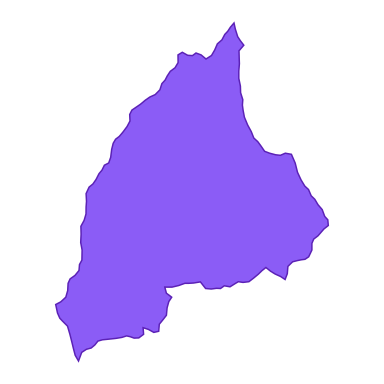 outline of Rio Acima, Minas Gerais, Brazil
{"feature_id": "56859067B29785661724315", "entity_name": "Rio Acima", "entity_type": "district", "adm_level": 2, "iso_a3": "BRA", "parent_name": "Brazil", "parent_adm1": "Minas Gerais", "projection": "equal_earth", "projection_center": [-43.772, -20.098], "detail": "fine", "context": "isolated", "style": "filled", "palette": "violet", "viewbox_px": 384, "rotation_deg": 0, "n_neighbors": 0, "source": "geoboundaries", "source_scale": "gbopen_adm2", "svg_char_len": 2134}
<svg xmlns="http://www.w3.org/2000/svg" viewBox="0 0 384 384"><path d="M234.0,23.0L230.4,27.2L227.8,31.2L224.8,34.4L221.9,39.9L217.4,43.8L214.7,50.0L211.5,55.5L206.0,59.0L201.1,54.9L196.0,53.0L192.5,55.6L187.7,55.3L182.3,52.3L178.0,54.9L178.1,62.6L175.0,67.8L170.3,71.3L167.4,75.7L165.1,80.1L161.9,83.6L159.9,89.8L155.2,94.6L149.9,97.0L145.3,100.2L140.4,104.3L136.3,107.1L131.9,110.1L129.7,114.5L130.0,121.0L127.1,126.5L122.7,132.4L119.2,136.5L115.6,139.2L113.2,143.3L111.7,149.3L110.7,157.3L108.7,163.0L104.4,165.2L102.0,170.1L99.0,173.7L96.1,179.4L92.9,184.0L89.1,187.1L86.1,193.6L86.5,201.4L86.1,206.9L86.0,214.0L84.1,220.4L80.9,226.3L81.1,234.3L80.7,242.5L82.1,250.0L81.9,260.1L79.5,264.5L79.0,270.5L75.0,275.4L70.1,278.9L68.1,283.3L67.7,290.6L65.8,297.2L60.7,301.9L55.7,304.5L57.5,313.0L59.8,318.2L62.8,321.4L67.5,326.1L69.9,334.3L71.9,342.2L73.4,348.4L75.2,355.3L78.5,361.0L81.7,352.4L86.4,349.3L91.2,348.0L94.9,344.9L97.9,341.1L102.4,339.8L108.3,339.2L115.8,338.4L121.9,337.4L126.6,335.9L130.2,336.7L134.1,338.1L138.8,337.9L143.6,334.3L143.1,327.7L148.4,329.4L153.8,332.4L158.7,331.3L159.3,324.2L162.9,319.8L166.4,315.3L167.1,307.8L168.8,301.6L171.7,297.2L166.4,293.2L164.8,287.1L172.1,287.1L178.8,285.5L184.9,283.3L188.7,283.3L193.7,283.0L200.4,281.9L205.6,288.5L211.3,289.0L216.6,288.3L220.5,288.5L224.3,285.8L230.0,286.8L234.8,283.8L238.3,281.7L243.0,282.4L248.9,281.7L253.6,278.1L258.3,274.2L261.9,270.7L265.9,267.5L270.7,271.3L275.1,274.0L280.6,276.5L285.1,279.5L287.3,273.7L287.9,266.4L292.6,261.8L297.3,260.6L301.2,259.8L305.0,259.3L308.7,256.8L311.9,250.0L311.9,243.4L313.7,239.1L318.0,235.8L323.9,229.0L328.3,225.5L327.8,219.8L324.7,216.4L322.2,209.6L318.0,204.7L314.8,199.3L311.2,195.8L308.5,189.5L304.8,186.1L301.1,180.0L297.5,172.3L295.2,163.1L291.4,154.3L285.3,153.2L280.4,155.3L275.7,154.8L269.6,153.2L264.6,151.3L261.1,146.2L257.8,141.7L253.8,138.0L251.3,131.7L247.7,125.1L244.4,117.2L243.1,110.3L242.4,105.1L242.8,99.7L240.6,92.7L240.4,86.1L238.8,78.4L238.8,71.1L239.4,63.8L239.2,57.9L239.0,50.8L243.8,45.2L240.4,40.8L237.7,36.7L235.3,29.0L234.0,23.0Z" fill="#8b5cf6" stroke="#5b21b6" stroke-width="1.5"/></svg>